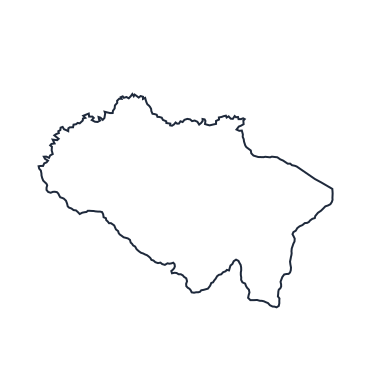 Cabeceira Grande, Minas Gerais, Brazil, rotated 42°
{"feature_id": "56859067B77349065842213", "entity_name": "Cabeceira Grande", "entity_type": "district", "adm_level": 2, "iso_a3": "BRA", "parent_name": "Brazil", "parent_adm1": "Minas Gerais", "projection": "orthographic", "projection_center": [-47.136, -16.069], "detail": "fine", "context": "isolated", "style": "outline", "palette": "slate", "viewbox_px": 384, "rotation_deg": 42, "n_neighbors": 0, "source": "geoboundaries", "source_scale": "gbopen_adm2", "svg_char_len": 4746}
<svg xmlns="http://www.w3.org/2000/svg" viewBox="0 0 384 384"><g transform="rotate(42 192 192)"><path d="M69.1,280.4L71.2,281.8L73.8,283.1L76.3,283.2L78.2,283.2L79.9,283.9L81.0,286.1L82.5,287.8L85.1,288.2L87.5,287.1L88.5,285.0L89.9,283.6L91.7,282.5L93.6,282.6L95.6,283.4L97.6,284.1L99.4,283.3L101.1,282.7L104.2,282.8L106.9,284.2L109.2,285.8L111.0,285.9L113.5,284.9L116.1,284.7L118.1,283.3L120.7,283.3L123.3,283.5L124.3,280.8L125.7,278.9L126.9,277.5L127.2,275.6L128.6,274.4L130.0,273.3L131.7,271.9L133.2,271.0L135.2,269.5L136.9,268.0L138.6,267.1L140.9,268.0L143.2,269.9L145.6,269.1L147.1,270.3L149.1,270.3L151.2,270.7L152.6,269.4L154.8,269.1L156.6,268.9L158.5,269.8L160.5,270.7L163.3,270.5L164.8,271.5L166.6,271.9L169.1,271.6L171.5,271.4L173.6,270.3L175.4,269.4L177.9,269.1L180.3,270.6L182.1,270.6L184.0,271.1L186.3,270.6L189.1,271.6L191.9,271.6L194.7,271.3L197.0,270.3L198.7,269.9L200.8,269.1L202.9,268.9L205.1,268.9L207.3,269.6L209.2,268.7L211.7,268.7L214.3,267.6L215.8,265.6L218.1,265.5L220.6,264.3L221.5,261.4L223.1,260.5L224.4,258.9L225.4,257.1L227.3,257.3L229.0,258.7L229.7,260.4L229.8,262.4L229.5,264.6L231.5,265.8L233.2,263.6L234.8,262.5L237.1,262.1L238.8,260.6L241.0,260.1L242.7,260.4L245.5,260.0L248.0,261.6L249.1,264.2L250.8,265.8L252.9,266.0L254.8,265.6L256.8,265.9L258.9,266.8L260.9,265.5L262.2,263.7L263.7,262.4L264.7,260.8L264.6,258.9L266.0,257.1L267.1,255.4L268.5,253.2L268.2,249.5L267.2,246.7L268.1,245.0L267.7,243.0L267.6,240.6L267.0,237.8L267.4,235.6L268.8,233.6L268.8,230.8L270.0,228.5L270.0,226.6L272.0,225.5L270.9,223.3L269.8,220.9L270.2,218.5L269.3,215.5L270.0,212.8L272.6,212.1L275.2,213.1L276.9,213.6L279.0,215.2L280.9,217.2L282.1,219.1L283.8,221.0L285.7,222.5L287.3,224.4L289.9,225.4L292.8,224.5L295.0,225.7L296.9,226.3L299.6,226.5L301.9,228.2L303.1,230.7L304.5,233.1L307.7,233.3L310.2,231.1L312.6,228.7L315.1,227.5L316.8,226.1L318.6,225.1L320.6,224.5L322.8,223.7L325.7,224.0L328.5,223.2L330.0,222.0L332.0,221.1L332.7,218.6L331.3,216.2L329.7,214.5L328.2,212.6L325.7,212.1L324.2,210.0L322.7,208.1L321.8,206.4L322.1,204.6L321.5,202.6L320.0,201.0L317.9,199.5L317.0,197.3L316.0,194.7L315.7,191.6L317.0,189.8L318.6,188.2L318.7,186.2L317.8,184.1L316.1,181.9L313.6,180.0L311.4,178.1L310.0,175.7L308.9,173.9L308.1,172.4L307.0,170.8L305.6,169.5L303.9,167.2L302.8,164.6L301.9,162.5L301.3,160.2L299.5,157.9L297.0,156.9L294.9,156.1L294.2,153.9L295.0,151.3L294.4,148.4L294.9,145.5L296.2,142.7L296.6,139.7L298.3,137.8L298.9,136.1L298.8,134.1L299.4,131.4L300.7,129.2L299.7,127.4L299.5,123.2L300.4,119.6L300.6,116.3L300.7,113.4L302.1,111.0L303.0,108.5L302.6,105.9L301.7,103.8L300.3,102.4L298.9,100.7L297.5,99.0L295.9,97.4L294.2,95.8L281.7,98.4L274.7,100.1L252.7,103.0L250.9,103.7L248.3,105.2L246.1,105.2L244.2,106.9L238.6,107.7L235.7,108.7L232.2,109.1L227.7,112.3L226.8,114.0L222.9,116.8L221.8,118.3L217.8,121.7L213.3,123.8L210.2,123.6L207.9,121.8L202.4,122.3L200.5,121.8L196.9,119.7L195.0,118.1L192.8,117.1L191.3,115.2L187.9,113.0L186.2,114.9L183.3,115.8L183.0,112.0L183.9,110.3L185.0,107.1L182.4,104.6L182.4,102.6L180.7,103.0L179.6,105.1L177.8,106.7L176.0,105.5L174.7,107.0L172.9,107.0L173.4,110.3L171.7,111.6L168.6,111.3L167.9,113.5L166.1,112.6L164.7,114.6L163.8,116.4L162.1,118.6L163.6,120.1L162.3,123.1L164.3,125.3L162.7,127.5L160.5,130.7L158.0,132.0L156.2,132.8L154.4,130.2L152.8,129.6L151.0,130.7L152.4,132.1L152.6,134.6L152.2,137.1L149.0,136.2L146.2,137.1L144.6,139.3L142.0,139.3L139.6,140.8L138.1,143.4L138.2,146.3L136.1,147.2L136.5,149.9L135.2,151.2L133.3,151.3L133.4,153.8L132.8,156.1L131.2,157.1L130.1,155.7L126.8,157.9L125.5,156.7L122.1,157.9L119.8,157.0L117.5,158.1L116.0,159.3L114.1,158.2L112.1,159.1L110.3,160.3L107.7,159.1L106.0,157.6L104.0,156.9L102.2,156.6L100.2,156.7L98.3,155.9L96.2,154.7L94.2,153.4L93.3,155.6L91.9,154.0L89.6,155.1L89.2,157.5L86.6,157.7L84.2,158.0L84.6,159.8L82.1,159.1L82.4,161.9L82.3,164.7L79.7,165.3L78.3,167.6L76.5,167.3L75.6,169.2L77.3,169.9L75.5,171.3L75.3,174.3L76.8,175.8L76.8,179.2L78.6,181.7L78.9,184.5L80.2,186.4L78.4,188.1L75.7,189.6L73.4,190.8L74.9,191.7L77.4,195.6L77.4,198.1L74.2,198.0L72.4,198.8L74.1,200.1L75.9,200.4L75.0,203.1L72.9,204.7L69.4,205.6L69.4,202.7L67.5,202.6L65.1,204.8L62.8,202.8L60.2,208.1L63.1,208.3L61.8,210.4L63.0,212.0L62.6,216.1L60.8,217.2L60.5,219.2L58.9,221.2L60.3,223.5L57.9,225.7L57.5,227.4L59.3,229.6L57.4,230.1L54.9,231.0L52.3,230.2L51.3,232.1L52.7,234.1L52.0,236.3L53.6,237.3L52.3,239.9L51.8,242.0L54.2,241.9L57.3,241.7L57.1,243.7L55.4,244.9L53.4,246.3L57.4,247.9L55.4,250.3L55.4,252.2L57.6,252.1L58.7,253.5L59.8,254.9L63.1,257.0L62.1,259.8L62.9,262.3L60.0,263.2L58.3,264.9L60.5,265.7L64.0,265.1L64.1,267.3L63.0,269.6L63.9,272.3L62.1,273.9L60.8,275.5L62.8,276.9L65.3,277.2L67.6,278.9L69.1,280.4Z" fill="none" stroke="#1e293b" stroke-width="2"/></g></svg>